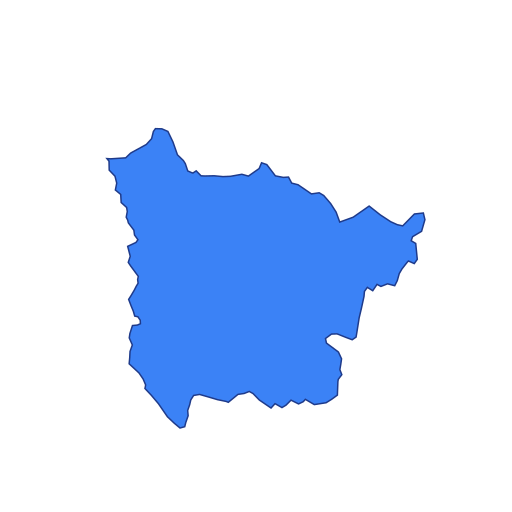 Vina, Adamaoua, Cameroon (Equal Earth projection), rotated 328°
{"feature_id": "32672807B59264134581656", "entity_name": "Vina", "entity_type": "district", "adm_level": 2, "iso_a3": "CMR", "parent_name": "Cameroon", "parent_adm1": "Adamaoua", "projection": "equal_earth", "projection_center": [13.667, 7.236], "detail": "fine", "context": "isolated", "style": "filled", "palette": "blue", "viewbox_px": 512, "rotation_deg": 328, "n_neighbors": 0, "source": "geoboundaries", "source_scale": "gbopen_adm2", "svg_char_len": 2229}
<svg xmlns="http://www.w3.org/2000/svg" viewBox="0 0 512 512"><g transform="rotate(328 256 256)"><path d="M188.2,392.9L193.9,391.3L197.7,398.3L202.4,398.4L209.3,396.8L213.7,404.0L218.9,404.6L221.9,403.7L226.7,412.9L237.7,417.6L244.5,417.6L251.3,417.1L258.9,405.9L260.4,404.2L265.9,402.1L266.9,396.8L270.4,392.9L274.1,388.5L274.2,387.5L275.0,381.1L269.6,367.2L271.2,362.8L278.6,362.2L283.5,365.0L289.0,372.5L293.2,378.0L297.9,377.8L300.9,374.4L310.8,363.0L317.5,356.4L326.1,347.6L329.2,343.5L333.8,341.6L336.6,347.3L343.6,344.2L345.8,348.0L352.8,349.3L357.9,354.7L362.7,351.8L368.2,346.8L373.0,344.3L381.0,341.4L382.6,341.0L386.2,346.3L391.0,344.3L398.1,330.0L395.7,325.3L399.0,322.6L409.5,322.8L418.5,314.7L420.7,308.2L412.6,304.3L396.4,308.2L392.4,304.3L390.8,301.9L388.4,298.3L385.7,292.4L383.2,287.0L378.4,273.6L368.4,274.1L359.0,274.6L345.0,271.6L346.7,263.6L347.2,261.2L347.1,251.1L345.5,240.6L343.1,235.9L335.9,232.7L329.4,217.8L328.7,217.1L324.9,213.1L325.4,206.3L320.8,203.8L314.9,198.3L313.6,184.2L310.1,179.9L305.0,183.5L291.9,184.2L287.3,179.2L276.6,174.9L270.1,171.2L263.0,165.8L255.1,161.1L251.9,158.9L250.4,152.1L246.5,152.2L245.5,151.1L243.2,147.7L245.0,140.2L245.0,136.6L243.0,128.6L246.0,115.3L247.3,103.7L243.6,98.3L238.2,94.7L235.0,96.0L229.6,101.2L222.1,103.3L206.6,102.4L204.2,102.3L197.5,103.7L184.3,96.6L181.2,94.4L181.6,97.7L177.0,105.4L178.7,113.6L176.5,120.4L171.7,125.5L173.9,132.1L170.0,139.2L172.0,146.3L170.4,150.1L166.5,154.3L166.2,157.6L165.3,160.2L166.1,169.4L164.1,173.8L164.5,179.6L161.4,180.9L152.3,179.8L149.2,189.6L144.3,193.7L144.4,197.9L145.4,210.9L143.1,213.3L141.6,216.6L138.4,218.2L134.6,220.5L129.0,223.4L125.0,225.3L123.7,231.9L122.7,237.8L121.3,242.7L123.6,244.9L123.8,249.1L122.1,252.2L118.8,251.7L114.4,249.5L108.0,254.9L105.1,258.3L104.0,265.9L98.6,270.2L95.1,275.2L91.3,280.2L94.8,293.2L95.1,300.5L94.1,306.8L92.6,308.5L91.6,309.5L93.4,318.5L95.0,329.6L95.7,345.4L98.1,354.6L100.4,361.6L105.1,363.0L108.2,360.0L110.2,358.4L113.8,355.5L116.2,350.8L120.9,347.0L124.4,343.5L129.2,341.2L134.8,343.5L141.1,350.5L147.2,357.4L153.6,363.5L155.0,365.4L167.4,363.8L173.1,366.3L178.5,367.3L180.6,371.1L182.5,379.9L188.2,392.9Z" fill="#3b82f6" stroke="#1e3a8a" stroke-width="1.5"/></g></svg>